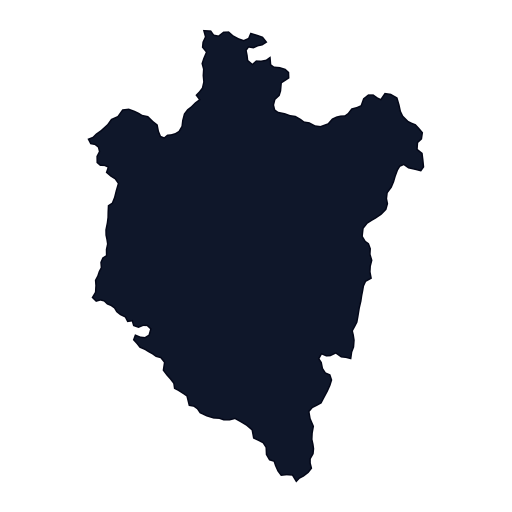 the district of Ponte Nova, Minas Gerais, Brazil
{"feature_id": "56859067B79204064506839", "entity_name": "Ponte Nova", "entity_type": "district", "adm_level": 2, "iso_a3": "BRA", "parent_name": "Brazil", "parent_adm1": "Minas Gerais", "projection": "robinson", "projection_center": [-42.918, -20.421], "detail": "fine", "context": "isolated", "style": "filled", "palette": "ink", "viewbox_px": 512, "rotation_deg": 0, "n_neighbors": 0, "source": "geoboundaries", "source_scale": "gbopen_adm2", "svg_char_len": 3585}
<svg xmlns="http://www.w3.org/2000/svg" viewBox="0 0 512 512"><path d="M92.5,297.5L96.2,301.1L100.4,299.9L104.3,300.9L107.4,303.9L111.1,305.4L114.6,307.9L116.8,311.6L120.4,314.5L125.4,316.9L127.7,321.4L132.3,320.7L133.7,325.5L138.5,327.2L143.0,325.3L147.2,325.4L150.9,328.9L149.1,335.2L145.0,337.7L140.2,337.2L135.4,335.2L133.7,339.8L137.2,343.6L140.0,347.2L144.7,349.2L149.0,351.8L152.5,353.7L156.1,356.3L160.9,357.6L164.6,362.3L163.4,370.2L167.2,375.2L170.6,379.0L173.9,383.3L174.6,388.3L178.3,390.2L182.4,392.8L187.0,395.9L189.3,405.3L193.9,406.1L197.5,408.7L200.2,412.7L206.8,415.8L213.7,417.9L219.3,418.2L223.8,419.8L229.5,419.8L235.0,418.4L240.6,421.5L246.6,425.1L252.2,429.9L253.7,438.0L258.4,440.2L263.2,442.7L266.2,447.4L266.5,454.5L269.6,459.8L274.2,461.2L275.6,465.5L278.0,470.9L281.2,475.2L286.6,474.6L292.5,475.0L296.3,481.3L299.2,478.2L303.4,476.0L308.1,472.4L311.4,468.2L310.1,463.1L310.1,458.8L313.0,453.7L313.5,448.8L312.9,444.4L311.8,439.4L312.1,433.1L313.3,426.3L310.0,418.6L308.8,411.5L312.2,407.5L316.8,405.2L321.0,402.9L323.5,398.1L327.2,391.2L329.8,385.4L331.5,380.0L329.8,374.9L325.3,373.0L322.4,368.5L321.2,362.5L318.7,358.7L321.5,353.7L326.4,355.8L330.2,355.6L335.8,352.9L341.3,356.8L346.0,357.3L350.7,358.5L351.6,352.0L353.5,347.0L354.0,340.2L353.2,335.0L352.2,330.8L354.7,326.2L356.8,322.1L357.8,316.6L359.2,307.9L360.8,301.1L361.6,295.7L362.6,290.6L363.4,285.9L365.5,281.3L371.1,278.2L369.9,271.9L370.2,266.2L371.7,260.3L369.9,254.3L370.2,248.7L368.4,243.8L365.1,241.4L362.1,236.4L363.0,228.3L367.0,223.2L371.5,220.3L375.5,218.0L381.2,214.1L385.8,209.4L387.4,203.7L386.4,198.6L387.1,192.7L391.2,187.2L393.5,181.7L395.1,176.2L397.4,170.0L399.7,166.2L403.8,164.4L408.6,167.8L415.8,169.4L420.8,170.7L423.5,166.9L422.8,159.9L422.0,153.4L417.0,149.4L417.5,142.5L421.4,138.9L422.3,132.7L418.5,128.2L415.3,124.8L411.5,123.3L407.9,121.5L402.6,116.2L400.3,111.4L398.9,104.9L396.9,98.0L390.6,94.4L385.0,93.6L380.8,99.7L377.2,98.0L373.2,95.1L368.4,95.1L363.7,98.8L361.2,105.8L357.1,107.6L351.8,109.0L348.3,113.6L345.0,116.0L340.6,116.2L336.7,117.1L332.4,119.1L328.2,123.9L320.5,126.7L315.0,126.0L309.1,122.9L303.9,122.1L300.5,119.5L295.3,116.5L289.9,115.7L284.7,113.8L277.9,112.4L274.6,110.0L273.4,105.0L274.8,99.4L279.1,95.4L280.5,90.9L281.2,82.8L285.1,80.3L288.7,77.9L288.5,72.5L285.1,69.4L279.6,67.7L273.8,67.2L270.6,64.8L270.0,57.6L266.3,60.3L261.1,61.3L256.3,61.1L252.4,64.6L247.6,60.5L247.0,55.3L246.0,50.3L248.5,46.9L253.4,47.7L257.8,45.7L262.1,44.8L266.3,42.1L262.5,37.3L257.4,35.5L250.8,33.5L248.7,38.5L243.7,40.7L238.3,38.8L232.9,35.9L228.6,32.1L223.6,32.3L218.6,36.2L213.6,35.2L210.7,31.1L203.9,30.7L205.6,36.9L203.1,42.2L202.6,47.2L206.6,52.1L203.9,58.4L202.2,63.6L203.7,69.1L203.3,75.6L203.9,82.0L202.5,88.1L199.6,91.9L196.4,95.2L199.8,99.7L195.5,102.9L191.5,106.9L187.7,109.8L184.5,114.0L182.8,120.5L182.1,126.4L179.1,131.5L175.5,133.7L171.4,134.9L167.5,135.3L164.3,138.0L160.4,136.5L158.3,131.3L157.1,125.0L152.9,121.7L147.8,116.7L142.0,115.5L138.6,113.4L134.4,111.4L128.7,109.3L122.7,110.0L118.0,116.6L111.5,119.5L107.8,124.7L104.3,127.9L100.8,131.0L96.4,134.1L93.1,137.4L88.5,139.2L90.8,143.6L95.1,144.4L98.5,147.1L99.6,151.6L97.1,156.4L97.2,162.5L100.3,165.2L104.7,165.4L108.4,167.1L106.6,172.4L111.1,176.2L115.3,178.8L118.5,183.4L116.3,190.9L114.7,197.4L112.4,203.2L108.5,205.7L108.2,212.1L108.1,217.5L107.4,223.0L106.0,229.9L106.1,235.1L107.0,239.4L107.7,244.0L106.5,249.5L106.6,255.7L102.9,258.0L101.0,262.4L101.4,267.7L99.4,271.5L97.9,276.0L95.6,280.3L96.0,285.6L95.6,292.3L92.5,297.5Z" fill="#0f172a" stroke="#020617" stroke-width="1.5"/></svg>